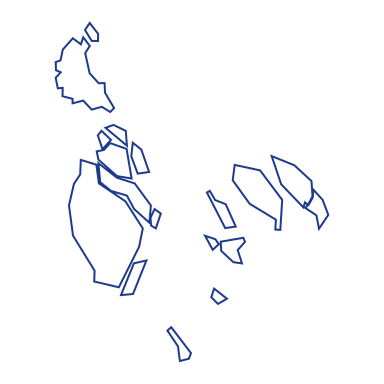 Karimun, Kepulauan Riau, Indonesia
{"feature_id": "22746128B38340908247842", "entity_name": "Karimun", "entity_type": "district", "adm_level": 2, "iso_a3": "IDN", "parent_name": "Indonesia", "parent_adm1": "Kepulauan Riau", "projection": "natural_earth1", "projection_center": [103.573, 0.836], "detail": "medium", "context": "isolated", "style": "outline", "palette": "blue", "viewbox_px": 384, "rotation_deg": 0, "n_neighbors": 0, "source": "geoboundaries", "source_scale": "gbopen_adm2", "svg_char_len": 1876}
<svg xmlns="http://www.w3.org/2000/svg" viewBox="0 0 384 384"><path d="M96.4,164.7L80.8,159.9L80.2,174.4L73.9,184.0L69.0,205.4L73.0,235.6L94.6,270.7L94.2,281.5L118.8,287.3L139.1,246.8L142.8,228.4L125.4,201.3L98.9,183.4L96.4,164.7ZM83.2,37.3L80.9,44.3L72.8,38.3L62.8,49.6L60.5,60.4L55.7,62.1L56.0,70.2L60.7,72.3L55.7,77.8L57.8,88.3L62.7,87.9L62.5,96.2L72.6,98.9L72.6,103.3L83.2,100.6L91.7,109.6L101.8,106.8L110.2,112.0L114.1,108.1L105.0,92.7L104.6,83.1L98.6,83.2L89.6,73.2L85.2,53.1L89.8,45.9L83.2,37.3ZM260.1,170.4L234.7,164.9L232.7,180.2L249.7,203.8L275.9,219.7L275.3,229.5L280.3,229.9L282.2,199.9L260.1,170.4ZM294.4,165.3L271.7,156.1L281.2,184.3L303.4,207.4L305.0,202.4L307.9,205.0L312.5,196.3L311.5,181.1L294.4,165.3ZM98.4,163.2L100.2,182.2L110.8,190.8L126.9,195.6L134.1,209.0L149.4,222.7L150.9,205.5L134.7,183.4L116.9,177.7L98.4,163.2ZM110.2,143.1L103.8,150.0L96.7,151.4L98.4,159.6L117.0,176.1L131.6,178.5L126.6,148.9L110.2,143.1ZM146.4,260.5L133.9,263.3L121.0,295.1L133.0,294.0L146.4,260.5ZM322.6,199.8L313.3,189.6L312.8,197.4L308.7,204.7L305.1,207.8L316.4,215.3L319.0,228.7L328.3,214.9L322.6,199.8ZM149.1,172.0L141.3,149.6L132.8,142.7L131.3,156.4L137.7,173.6L149.1,172.0ZM243.3,237.8L220.7,241.7L221.2,250.9L233.4,262.2L242.0,263.4L237.7,250.1L245.0,241.8L243.3,237.8ZM209.8,190.9L206.9,192.5L225.2,228.1L235.7,226.6L225.7,204.2L215.2,200.1L209.8,190.9ZM113.5,124.9L105.5,127.8L126.9,145.7L125.8,130.9L113.5,124.9ZM191.0,353.1L171.2,327.2L167.4,330.6L178.0,346.4L179.9,361.0L188.9,358.7L191.0,353.1ZM89.7,23.0L85.0,30.0L91.7,40.9L98.0,41.0L98.1,33.8L89.7,23.0ZM154.6,209.1L150.5,217.9L151.1,225.6L155.8,228.4L160.8,213.6L154.6,209.1ZM101.5,130.8L97.8,135.4L102.5,149.2L111.0,139.9L101.5,130.8ZM214.1,288.6L211.3,297.3L218.0,303.9L226.9,298.7L214.1,288.6ZM205.1,235.8L212.7,249.8L218.8,244.2L215.3,239.2L205.1,235.8Z" fill="none" stroke="#1e3a8a" stroke-width="2"/></svg>